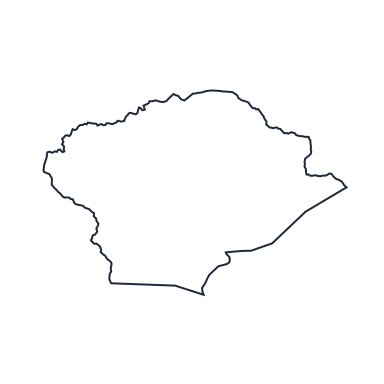 outline of Feira Nova do Maranhão, Maranhão, Brazil, rotated 12°
{"feature_id": "56859067B35499253028510", "entity_name": "Feira Nova do Maranhão", "entity_type": "district", "adm_level": 2, "iso_a3": "BRA", "parent_name": "Brazil", "parent_adm1": "Maranhão", "projection": "orthographic", "projection_center": [-46.651, -7.006], "detail": "fine", "context": "isolated", "style": "outline", "palette": "slate", "viewbox_px": 384, "rotation_deg": 12, "n_neighbors": 0, "source": "geoboundaries", "source_scale": "gbopen_adm2", "svg_char_len": 3261}
<svg xmlns="http://www.w3.org/2000/svg" viewBox="0 0 384 384"><g transform="rotate(12 192 192)"><path d="M131.9,298.1L194.9,287.1L221.5,289.8L224.7,290.1L222.8,287.0L221.8,283.7L223.8,278.9L224.3,276.5L225.1,272.8L226.3,269.1L233.3,259.1L238.6,256.5L240.8,255.4L243.0,253.3L243.2,250.9L242.3,248.1L240.7,246.8L238.4,245.4L237.6,244.0L253.3,239.2L261.9,237.2L281.1,225.6L299.5,198.8L306.0,189.4L306.8,188.0L339.4,157.9L342.2,155.4L340.7,154.4L339.3,153.6L338.0,152.2L336.2,150.6L334.5,150.0L332.5,149.4L330.5,149.4L327.0,147.4L325.1,145.5L322.7,145.2L320.9,147.0L319.5,148.1L316.7,148.7L314.2,149.9L311.8,150.1L309.2,150.0L307.5,150.6L305.8,151.3L304.0,151.4L302.4,150.7L300.4,151.1L299.3,148.7L298.6,145.9L296.6,143.4L296.7,141.3L295.9,139.3L295.7,136.1L297.4,133.8L299.2,131.8L300.4,129.3L300.2,127.5L299.3,125.7L299.0,123.2L297.7,119.4L297.1,117.0L295.5,115.6L294.6,113.8L293.1,114.1L291.2,114.6L288.6,114.5L286.6,114.8L284.3,114.9L281.8,114.5L280.8,113.3L278.5,113.0L276.6,112.9L275.1,114.1L273.8,115.0L272.2,114.6L270.0,115.4L268.2,114.1L266.7,113.1L265.4,112.0L263.3,112.1L261.8,111.2L259.7,111.8L257.9,112.8L256.1,112.5L254.3,112.8L252.6,111.5L250.6,110.7L250.2,107.5L248.3,105.9L247.2,104.7L246.4,103.2L244.8,101.9L242.3,99.5L240.9,98.4L239.4,97.0L237.7,97.9L236.0,96.9L234.2,97.4L232.0,96.0L229.8,93.8L228.6,92.8L226.6,92.3L224.5,92.1L222.7,92.1L220.7,91.6L217.8,90.5L216.3,88.3L214.3,87.1L212.8,86.7L211.2,85.9L207.3,86.3L205.2,86.6L202.6,87.0L200.9,87.3L198.7,87.3L191.1,88.4L186.8,89.6L184.2,90.7L182.5,91.7L180.5,92.7L178.7,93.3L174.0,95.2L172.3,95.7L169.0,99.9L165.6,104.0L162.7,103.7L160.6,102.6L158.6,100.9L155.9,100.7L153.5,100.0L149.4,106.0L148.3,108.1L145.3,110.0L142.1,110.3L137.6,109.9L133.9,111.6L131.6,112.0L131.2,114.0L129.8,115.3L126.7,117.6L128.7,121.2L126.4,122.4L124.7,120.9L122.7,120.3L122.3,122.7L122.2,126.0L120.9,127.7L115.0,127.4L113.6,128.5L113.1,130.1L111.9,131.6L111.0,135.0L111.0,136.6L107.8,137.9L106.2,137.7L104.4,137.8L103.7,139.6L101.5,141.1L100.0,142.2L97.6,142.2L95.9,142.1L94.0,142.6L93.5,144.4L91.4,145.1L89.3,144.4L87.6,145.2L85.9,146.7L84.1,145.1L81.5,145.5L79.2,145.7L75.7,145.7L75.0,147.7L72.6,147.6L71.3,149.1L68.7,149.8L67.2,151.5L66.4,154.2L64.6,155.8L62.2,155.4L61.7,158.3L61.5,160.9L60.2,162.9L58.4,162.4L56.4,163.2L55.2,165.4L53.9,167.0L55.8,169.8L54.9,172.3L57.3,174.0L57.7,176.9L58.7,178.8L57.1,180.0L55.4,178.9L54.2,177.9L52.4,178.6L51.5,180.8L49.6,180.7L47.3,182.6L44.4,182.2L42.4,183.1L42.1,184.8L42.6,186.9L42.5,189.8L42.2,192.3L42.0,194.0L41.8,196.2L42.0,198.8L42.2,201.4L42.9,203.1L46.1,203.7L48.8,204.2L52.0,207.6L52.8,210.6L53.0,212.9L53.5,214.5L55.0,215.2L56.2,216.4L58.8,218.0L61.5,220.0L63.2,220.7L66.6,223.4L68.3,224.0L70.9,223.2L73.2,223.1L74.9,224.1L76.9,223.9L78.8,226.8L80.8,228.1L84.4,228.2L86.3,228.1L88.5,228.2L90.1,229.5L92.4,229.9L94.9,230.1L98.2,232.3L100.5,233.0L101.1,236.3L103.8,237.9L104.4,239.9L107.0,242.5L107.1,244.1L106.7,245.7L106.0,247.4L107.5,250.5L106.1,253.7L104.0,255.0L103.7,258.1L103.3,260.5L105.8,262.1L107.0,263.0L109.6,262.4L113.3,264.4L115.3,267.7L115.1,269.7L118.1,271.5L120.4,272.5L123.1,275.3L125.2,276.2L127.7,277.7L128.4,279.7L128.3,283.3L129.5,286.7L128.6,289.0L129.0,293.1L129.5,294.9L131.9,298.1Z" fill="none" stroke="#1e293b" stroke-width="2"/></g></svg>